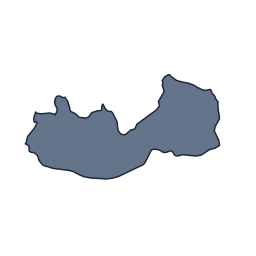 the County of Kukës, rotated 118°
{"feature_id": "ALB-1502", "entity_name": "Kukës", "entity_type": "County", "adm_level": 1, "iso_a3": "ALB", "parent_name": "Albania", "parent_adm1": "", "projection": "mercator", "projection_center": [20.174, 42.189], "detail": "fine", "context": "isolated", "style": "filled", "palette": "slate", "viewbox_px": 256, "rotation_deg": 118, "n_neighbors": 0, "source": "natural_earth", "source_scale": "10m", "svg_char_len": 2219}
<svg xmlns="http://www.w3.org/2000/svg" viewBox="0 0 256 256"><g transform="rotate(118 128 128)"><path d="M194.8,204.4L190.3,207.1L190.1,211.2L188.5,211.0L185.4,212.0L182.5,212.6L171.4,210.5L167.7,210.6L165.8,211.0L165.8,211.8L166.3,212.5L166.8,213.2L166.1,214.3L164.3,215.4L161.8,216.3L157.4,217.0L157.6,215.2L156.5,211.7L151.5,204.1L150.4,199.5L150.7,198.7L147.1,198.4L144.5,199.5L143.3,200.9L142.3,202.5L140.8,204.1L138.9,205.3L135.7,206.0L133.8,205.8L132.4,204.6L131.9,203.4L131.7,202.2L131.8,201.4L131.8,200.5L131.8,199.8L130.5,198.1L132.8,193.8L133.3,193.1L133.9,192.6L134.4,192.3L134.9,191.8L135.4,191.1L136.1,190.3L139.6,187.4L140.1,186.6L140.3,185.5L140.1,183.1L140.2,181.2L140.4,179.6L140.9,178.3L141.3,177.0L141.2,175.5L139.6,171.2L138.9,169.6L136.7,168.0L131.4,167.1L127.3,163.2L125.8,160.8L124.5,159.9L123.5,160.1L122.3,160.8L120.9,161.4L118.9,161.5L118.9,161.0L121.5,157.4L122.6,154.2L122.2,152.6L121.3,150.6L121.9,148.7L126.7,141.8L128.0,140.4L129.6,139.2L131.8,137.8L135.0,135.2L136.8,131.6L135.5,127.5L130.1,125.2L128.6,124.8L127.7,123.8L126.9,122.7L125.9,121.9L124.6,121.6L120.3,121.9L100.0,112.0L97.7,111.2L93.5,110.7L90.4,113.6L79.8,113.2L78.7,113.6L77.5,114.4L74.9,117.1L73.9,117.8L72.9,118.2L72.2,118.4L71.5,118.6L71.1,118.9L70.1,120.1L65.6,119.6L63.1,118.2L61.9,117.3L61.5,116.3L62.1,114.6L62.5,112.7L62.7,111.8L62.6,110.7L62.8,110.0L63.2,109.3L63.1,107.2L62.5,103.9L60.1,95.7L59.5,91.9L59.3,89.0L59.6,87.1L59.4,80.9L59.0,78.9L58.5,77.4L55.7,73.9L55.4,73.0L55.7,72.3L57.4,70.7L58.0,69.7L58.7,67.4L59.2,66.4L59.8,65.5L60.5,64.8L61.2,63.9L61.7,63.1L62.8,60.6L64.0,60.3L70.7,56.2L72.4,54.6L76.9,51.5L85.6,51.8L90.1,50.4L96.6,41.8L100.4,39.0L105.0,41.7L108.7,45.8L117.6,50.7L120.7,54.6L125.7,66.8L126.7,68.2L129.1,70.6L130.0,72.4L130.0,74.4L128.1,77.3L127.9,78.8L128.7,80.3L131.5,82.7L132.5,84.2L133.0,86.1L132.7,89.3L132.9,91.1L134.5,95.0L135.9,96.7L138.1,97.0L150.3,96.7L153.0,97.2L175.1,113.5L178.1,116.7L179.6,118.2L183.0,122.9L189.7,137.7L191.7,144.1L192.1,148.4L192.2,156.1L193.3,160.6L198.9,175.4L199.7,180.2L200.6,183.4L200.6,186.4L198.7,190.8L197.2,192.7L196.0,193.7L194.9,195.0L194.0,197.9L194.0,199.6L195.0,202.6L194.8,204.4Z" fill="#64748b" stroke="#1e293b" stroke-width="1.5"/></g></svg>